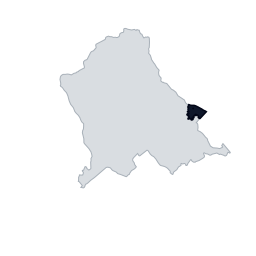 Moba, Katanga, Democratic Republic of the Congo (highlighted), rotated 320°
{"feature_id": "63176286B25314267977171", "entity_name": "Moba", "entity_type": "district", "adm_level": 2, "iso_a3": "COD", "parent_name": "Democratic Republic of the Congo", "parent_adm1": "Katanga", "projection": "natural_earth1", "projection_center": [29.107, -7.404], "detail": "fine", "context": "in_parent", "style": "filled", "palette": "ink", "viewbox_px": 256, "rotation_deg": 320, "n_neighbors": 0, "source": "geoboundaries", "source_scale": "gbopen_adm2", "svg_char_len": 6452}
<svg xmlns="http://www.w3.org/2000/svg" viewBox="0 0 256 256"><g transform="rotate(320 128 128)"><path d="M198.1,165.2L183.7,167.8L184.0,168.8L183.9,169.8L183.5,170.5L182.0,172.6L179.9,174.5L179.9,175.0L180.9,177.1L181.6,180.0L181.5,185.1L181.8,186.5L181.7,187.6L181.0,188.8L179.5,194.9L180.5,197.9L183.4,200.7L185.0,202.7L187.8,203.5L188.3,203.4L188.5,201.7L190.7,201.0L190.7,212.0L190.5,212.6L190.1,212.7L189.6,212.4L189.4,211.3L188.8,210.9L186.1,212.2L185.4,212.2L184.6,212.0L184.1,211.4L183.9,210.6L182.0,207.4L181.0,207.1L180.0,204.3L175.7,202.2L174.0,202.0L173.2,201.4L172.3,199.1L170.9,197.6L170.5,196.0L170.2,195.8L169.4,196.1L168.6,198.7L167.7,199.3L165.9,199.3L161.5,198.6L158.3,197.3L157.5,197.4L156.2,196.2L155.7,194.2L156.0,192.7L155.7,192.5L150.9,193.7L149.8,194.5L148.7,194.3L148.3,193.9L148.8,192.9L148.6,191.7L148.2,191.2L146.8,190.8L146.3,189.6L145.5,189.4L145.2,189.6L145.0,190.4L144.4,190.7L141.6,190.3L138.6,191.3L134.6,191.1L132.7,192.3L132.4,192.3L132.0,191.6L131.6,189.6L131.8,189.0L132.4,188.6L132.6,187.8L132.4,185.6L132.5,185.1L132.3,183.8L131.7,181.9L130.8,180.3L129.0,177.8L128.7,176.7L128.8,174.0L129.4,169.7L129.3,166.5L128.5,164.4L128.3,162.2L128.8,158.2L128.3,157.2L119.2,156.9L118.8,156.6L118.6,156.1L119.0,153.7L113.5,154.3L111.8,154.7L110.8,155.7L110.5,156.9L110.4,158.7L109.6,160.3L109.4,163.1L107.8,163.4L106.3,163.4L103.3,162.9L100.4,163.7L99.0,164.4L98.3,164.0L95.7,164.3L95.3,164.1L92.3,158.6L91.0,156.7L90.7,155.8L90.8,155.0L90.5,153.8L89.1,151.0L88.8,149.6L88.9,147.6L88.7,146.9L87.4,145.1L86.6,144.5L85.7,144.2L70.8,144.4L65.8,144.1L62.2,144.3L60.4,144.2L59.9,143.9L58.3,144.3L57.4,145.0L56.1,145.4L55.3,145.2L53.7,143.2L55.9,142.8L56.0,142.6L56.1,137.7L55.6,137.0L56.7,136.1L58.5,134.0L60.3,133.2L60.5,132.8L60.9,132.8L61.5,133.7L63.1,134.9L65.0,133.8L65.2,133.5L65.4,131.4L65.9,131.2L66.7,131.7L67.1,131.7L68.0,131.1L70.4,130.0L71.1,131.4L70.4,132.6L70.7,133.5L70.8,134.8L71.2,135.1L73.1,135.3L73.7,135.0L77.5,130.1L78.5,129.5L80.0,127.6L82.2,126.7L83.1,125.2L84.3,122.5L84.8,118.6L84.6,111.8L84.8,110.9L87.3,107.8L90.0,102.3L91.7,100.8L93.1,100.2L95.1,98.2L96.8,96.2L96.5,93.7L96.9,91.7L97.8,89.1L98.1,86.4L97.8,83.5L97.9,81.1L99.2,77.4L99.3,73.0L100.4,69.4L102.6,64.8L103.6,61.4L103.4,58.0L103.7,55.5L103.6,54.1L103.2,52.8L103.4,52.0L104.2,51.7L105.3,50.4L107.1,47.1L109.1,45.4L110.5,44.9L111.9,45.0L112.9,45.3L114.4,46.6L116.1,47.6L117.4,48.9L118.7,50.9L121.8,51.4L123.1,52.1L123.9,52.4L124.2,52.2L124.9,52.3L126.3,52.9L127.5,52.6L133.2,53.9L133.9,53.2L135.5,49.8L136.7,48.6L138.7,48.5L140.2,49.1L141.0,49.1L148.0,46.1L149.0,46.0L151.5,46.7L153.2,46.2L153.9,46.4L155.3,45.9L156.5,43.8L157.4,43.3L167.5,45.5L169.1,44.4L169.8,44.3L172.1,45.1L172.8,46.4L174.1,47.5L175.1,49.3L176.6,50.3L177.3,51.3L178.2,51.9L180.1,52.2L182.4,50.6L184.0,50.7L185.7,51.6L186.3,51.6L187.5,50.6L188.2,49.6L188.8,49.4L189.8,49.8L190.6,50.8L191.3,52.2L193.8,55.3L196.3,56.6L196.9,58.5L197.8,58.3L198.2,58.5L198.8,59.7L199.3,60.0L199.4,60.4L198.8,61.6L198.2,63.8L198.9,65.1L198.3,67.0L198.0,69.1L198.8,69.5L199.8,69.5L200.8,70.6L201.5,70.7L202.3,71.8L202.1,72.8L199.7,76.0L196.0,80.0L194.8,80.5L194.2,81.3L193.7,82.4L192.7,83.4L191.9,83.8L191.8,86.7L190.6,89.7L190.1,90.3L189.5,95.2L189.6,96.0L188.9,100.0L189.0,103.7L187.3,104.9L186.0,106.7L185.5,108.0L185.5,111.0L183.5,112.9L183.4,113.3L183.9,115.4L184.6,115.8L184.6,116.5L186.3,118.8L186.2,125.8L186.3,126.5L187.1,128.2L187.7,131.4L187.0,135.4L189.2,142.9L188.3,145.6L188.7,148.2L190.0,150.9L193.1,153.6L194.0,154.7L194.7,156.2L195.5,158.6L198.1,165.2Z" fill="#d9dde1" stroke="#a8b0b8" stroke-width="1"/><path d="M181.9,155.6L182.0,155.7L182.2,155.8L182.3,155.8L182.5,155.8L182.8,156.0L182.7,156.3L182.7,156.2L182.5,156.3L182.4,156.3L182.2,156.3L182.0,156.2L181.9,156.2L181.7,156.2L181.7,156.3L181.9,156.5L182.0,156.7L182.1,156.8L182.3,156.9L182.5,157.1L182.5,157.4L182.4,157.6L182.2,157.7L181.9,157.7L181.9,157.8L181.8,157.7L181.8,157.8L181.8,158.0L181.8,158.3L181.9,158.6L182.0,158.6L182.0,158.8L182.0,159.0L181.9,159.1L181.7,159.0L181.4,159.1L181.2,159.1L180.9,159.2L180.6,159.2L180.4,159.2L180.2,159.1L179.8,159.7L179.8,159.8L180.1,159.9L180.2,160.1L180.3,160.2L180.4,160.3L180.5,160.3L180.5,160.2L180.8,160.1L181.0,160.0L181.3,160.2L181.4,160.3L181.5,160.4L181.5,160.5L181.6,160.8L181.6,161.2L181.7,161.4L181.8,161.5L181.8,161.8L182.1,161.9L182.1,162.0L181.9,162.3L181.8,162.5L182.0,162.5L182.3,162.6L182.6,162.7L182.6,162.8L182.7,163.2L182.8,163.2L183.2,163.2L183.3,163.2L183.4,162.9L183.5,162.8L183.5,162.7L183.5,162.8L183.5,162.7L183.6,162.4L183.6,162.2L183.8,162.1L183.8,161.9L184.0,162.0L184.2,162.3L184.3,162.3L184.6,162.3L184.7,162.5L184.8,162.5L185.1,162.3L185.3,162.3L185.4,162.2L185.4,161.9L185.3,161.7L185.3,161.4L185.4,161.2L185.5,161.2L185.8,161.3L186.1,161.5L186.3,161.3L186.6,161.0L187.0,161.0L187.3,161.2L187.8,161.0L188.0,161.0L187.9,161.2L187.9,161.3L188.0,161.5L188.0,161.8L188.2,161.7L188.3,161.7L188.3,161.9L188.3,162.1L188.4,162.3L188.5,162.3L188.6,162.2L188.8,162.0L188.9,161.9L189.0,161.8L189.1,162.1L189.4,162.6L189.4,162.8L189.5,162.9L189.7,163.0L189.7,163.3L189.7,163.5L189.6,163.9L189.6,164.0L189.5,164.3L189.4,164.3L189.2,164.4L189.0,164.5L189.1,165.0L188.9,165.1L188.7,165.1L188.7,164.8L188.6,165.1L188.6,165.5L188.7,165.8L188.7,166.0L188.8,166.1L188.8,166.4L188.9,166.6L189.0,166.7L189.1,166.8L189.3,166.8L189.4,167.0L198.5,165.9L198.3,165.1L198.0,164.4L197.6,163.6L197.3,163.1L197.0,162.0L196.8,161.2L196.3,159.9L195.6,158.2L195.4,157.7L195.2,157.0L194.8,156.4L194.7,156.1L194.6,155.6L194.4,155.3L193.6,153.7L193.4,153.4L193.0,153.0L192.2,152.3L191.6,151.8L191.0,151.2L190.7,150.9L190.3,150.4L190.1,149.9L189.6,149.1L189.3,149.2L189.2,149.4L188.7,149.6L188.5,149.8L188.4,149.9L188.3,150.0L188.2,150.0L188.3,150.0L188.2,150.1L187.9,150.1L187.7,150.2L187.7,150.3L187.5,150.5L187.4,150.5L187.4,150.8L187.3,150.7L187.2,150.8L187.2,151.0L187.0,151.3L186.9,151.4L186.9,151.6L186.8,151.8L186.5,151.8L186.3,152.0L186.2,152.1L186.0,152.3L185.9,152.4L185.7,152.6L185.7,152.8L185.4,153.4L185.2,153.7L185.1,153.9L185.1,154.0L185.0,153.9L184.9,153.8L184.6,153.7L184.2,153.6L184.0,153.8L184.1,154.1L184.3,154.3L184.2,154.5L184.0,154.9L184.0,155.0L184.0,155.3L184.0,155.5L183.7,155.3L183.3,155.3L183.1,155.4L182.9,155.4L182.7,155.4L182.4,155.3L182.2,155.4L182.1,155.5L181.9,155.6L181.9,155.6ZM190.7,154.9L190.6,155.0L190.5,154.9L190.4,154.9L190.4,154.7L190.5,154.7L190.7,154.8L190.7,154.9Z" fill="#0f172a" stroke="#020617" stroke-width="1.5"/></g></svg>